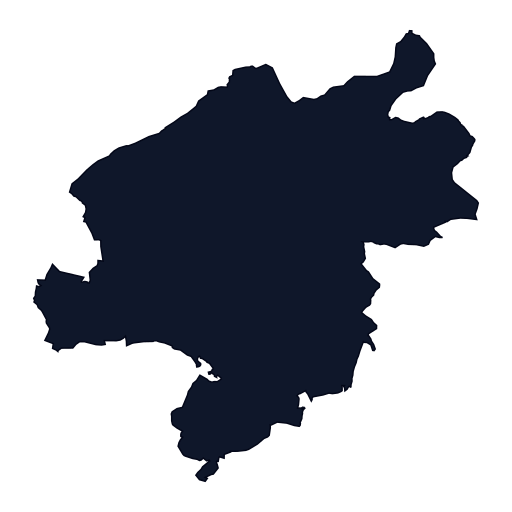 Teaca, Bistrita-Nasaud, Romania
{"feature_id": "2599482B42785641357283", "entity_name": "Teaca", "entity_type": "district", "adm_level": 2, "iso_a3": "ROU", "parent_name": "Romania", "parent_adm1": "Bistrita-Nasaud", "projection": "robinson", "projection_center": [24.501, 46.902], "detail": "fine", "context": "isolated", "style": "filled", "palette": "ink", "viewbox_px": 512, "rotation_deg": 0, "n_neighbors": 0, "source": "geoboundaries", "source_scale": "gbopen_adm2", "svg_char_len": 5992}
<svg xmlns="http://www.w3.org/2000/svg" viewBox="0 0 512 512"><path d="M199.5,479.7L205.2,481.3L207.3,478.4L205.2,477.4L211.2,474.5L213.3,474.1L218.1,468.0L217.1,464.2L216.7,464.2L216.5,461.4L218.2,461.4L218.8,457.8L219.4,456.8L224.1,458.2L224.2,454.4L230.6,452.0L230.3,451.3L237.6,451.2L245.8,450.3L248.7,449.3L257.3,444.1L264.0,438.4L267.6,436.9L269.2,435.3L270.3,427.8L270.2,424.8L271.2,425.0L277.2,422.1L286.8,423.1L294.3,425.5L299.3,426.3L300.1,425.3L300.4,423.5L300.1,423.2L300.2,422.4L301.8,418.7L302.0,415.7L302.5,413.7L302.4,412.0L303.2,409.9L304.8,408.2L303.9,407.3L302.5,409.0L302.0,408.9L302.1,407.6L301.3,408.1L297.6,408.1L298.5,404.4L299.0,398.9L298.6,397.5L297.0,395.8L298.5,394.0L299.9,393.7L305.7,390.6L306.0,391.8L307.8,394.0L311.3,401.1L312.1,399.6L311.9,398.5L313.0,396.8L323.1,394.9L328.9,393.1L332.4,393.6L337.8,392.9L340.8,391.6L342.1,390.7L342.1,387.5L341.8,385.5L344.2,385.6L343.5,386.2L344.5,387.7L344.9,390.9L347.1,389.2L348.6,386.5L349.7,386.4L350.3,387.1L350.9,386.9L351.0,384.6L352.0,381.2L351.9,378.4L352.8,375.2L353.1,371.4L354.4,366.8L356.1,362.7L356.9,359.1L358.3,356.1L359.9,350.8L363.3,341.8L363.8,342.3L367.0,342.5L370.9,344.9L372.7,350.4L374.1,350.6L375.2,349.0L373.6,344.5L371.4,341.1L370.8,339.0L368.7,335.8L368.1,335.7L368.4,333.8L376.5,328.6L376.6,325.5L373.4,322.6L371.4,319.6L365.5,315.9L361.6,312.6L362.3,311.2L365.1,308.0L366.3,306.9L369.5,305.1L370.5,303.7L370.7,300.1L370.4,299.0L371.6,297.0L373.6,295.1L373.9,293.3L376.1,290.0L379.3,287.3L379.6,285.0L379.5,284.0L372.8,278.7L368.4,271.9L366.4,270.6L361.0,263.8L363.2,261.9L365.3,258.4L364.3,253.7L364.6,251.6L363.6,246.8L363.9,244.6L363.2,242.4L362.4,241.8L368.5,241.8L371.0,241.3L373.7,242.1L374.1,242.7L376.7,243.8L378.3,243.8L380.1,244.6L384.0,243.9L386.6,244.3L395.1,247.6L400.5,244.0L403.3,243.4L408.3,244.3L416.3,244.6L423.8,246.2L428.4,244.2L430.1,240.4L435.3,236.5L439.4,237.5L442.5,237.5L440.4,236.4L436.6,232.2L434.4,230.5L433.7,228.7L433.7,227.2L445.3,222.2L445.1,221.3L447.0,221.7L450.6,219.3L460.4,218.0L467.3,218.3L476.7,219.5L475.0,214.2L477.0,208.7L478.3,203.0L476.7,200.6L454.4,182.8L452.2,179.6L451.5,172.7L453.0,167.0L457.4,163.6L460.1,160.7L461.8,160.2L463.8,158.3L466.5,157.4L467.2,156.3L466.9,155.7L467.8,155.7L467.4,155.2L469.8,152.5L471.4,147.0L472.5,145.4L472.9,143.9L474.7,140.9L474.8,139.5L474.2,138.7L472.2,136.6L470.0,135.9L468.9,133.5L463.4,126.3L462.4,126.2L461.8,124.9L460.8,124.8L460.0,122.6L458.5,121.1L457.9,119.9L454.7,117.4L449.1,114.1L444.7,112.4L442.2,111.9L437.0,112.1L430.9,116.4L429.2,116.7L428.5,117.5L425.4,118.7L424.4,118.3L423.7,118.6L423.8,117.4L423.4,117.2L419.5,119.0L419.1,119.7L415.4,121.8L414.6,122.8L412.4,123.3L404.0,121.4L400.7,120.1L398.2,118.1L395.6,117.5L391.7,119.7L389.6,119.8L389.4,118.4L389.9,117.9L389.6,117.5L388.3,117.2L387.6,114.6L388.2,111.7L389.6,110.2L391.0,105.6L395.8,98.8L402.9,92.2L407.5,90.9L411.0,90.7L416.4,87.8L423.4,85.6L427.5,75.5L435.4,63.9L434.2,61.0L433.7,57.4L433.7,53.8L426.6,43.7L420.1,37.3L419.4,35.8L415.6,35.2L411.9,33.3L411.8,30.8L409.5,30.7L408.5,33.6L406.3,33.9L404.5,37.0L400.8,41.6L396.7,43.9L395.9,47.6L395.3,56.9L393.8,63.6L389.7,72.0L377.0,76.5L354.4,76.4L347.6,81.8L343.9,85.8L333.4,87.2L330.1,88.8L324.7,95.1L321.0,96.1L317.1,98.8L313.9,99.5L303.3,97.6L299.4,100.6L294.5,103.3L291.1,102.0L286.7,96.6L279.5,83.6L272.3,67.9L265.8,64.5L256.7,68.4L255.3,68.3L252.5,66.2L251.0,66.3L250.1,67.0L245.7,67.2L235.1,69.5L233.1,70.6L232.7,75.4L229.7,76.8L229.0,78.2L229.5,78.9L229.4,82.0L227.2,84.7L227.6,86.1L227.0,87.2L221.0,86.9L218.3,87.4L213.9,90.0L208.2,91.0L207.5,94.7L198.7,101.0L196.3,106.3L187.6,113.4L181.0,117.1L174.1,122.2L165.3,127.7L165.6,128.4L161.5,131.1L159.4,133.4L149.0,136.6L135.3,143.3L128.6,145.8L126.3,145.8L119.0,148.0L114.4,150.7L110.7,154.1L109.4,156.0L98.1,161.0L93.1,164.7L86.9,170.0L78.2,179.0L72.1,183.8L69.6,192.1L71.8,193.6L73.9,196.1L76.1,196.7L79.9,200.4L81.3,200.9L82.3,202.0L82.4,202.9L85.4,205.2L86.2,208.9L85.6,212.5L83.2,216.7L85.0,217.6L83.8,221.5L86.0,222.0L92.0,233.2L94.5,239.8L99.2,239.7L100.8,240.6L100.9,246.6L103.1,261.1L98.0,260.5L98.0,263.4L97.2,265.7L93.2,268.3L89.4,272.4L90.3,280.3L89.1,283.2L87.6,282.8L87.7,282.2L85.6,281.6L84.3,281.5L82.0,282.4L81.4,282.1L81.4,281.2L83.8,277.3L59.5,271.6L52.5,264.3L51.0,267.8L47.0,274.5L45.2,280.2L37.6,279.9L38.2,282.8L39.3,284.4L41.0,285.6L39.1,286.7L36.6,286.0L36.3,288.6L35.5,292.1L35.3,296.1L33.7,298.3L34.6,300.5L34.0,302.0L37.2,304.6L38.3,307.6L41.3,310.2L42.2,311.5L46.6,319.7L46.2,321.1L46.4,323.0L49.6,328.0L49.7,329.4L48.5,333.0L44.9,340.4L53.3,343.6L52.6,348.4L56.1,350.0L57.9,351.5L58.1,350.5L61.4,348.1L72.8,348.0L75.9,344.3L79.6,341.7L84.5,341.7L95.9,344.6L101.6,345.0L105.2,344.4L104.3,340.6L116.4,340.7L120.2,340.0L123.3,338.2L125.5,336.2L126.4,341.1L126.6,345.7L132.2,343.2L134.1,342.8L143.7,341.6L153.1,341.4L153.8,340.9L156.4,340.7L159.3,341.8L164.6,342.9L171.7,345.7L172.3,346.4L172.4,347.5L174.4,348.9L180.5,350.0L187.3,355.0L191.2,356.4L195.2,362.0L196.7,364.7L196.5,365.5L196.8,367.0L198.8,366.6L200.0,365.9L200.7,364.8L200.6,363.4L198.0,361.3L197.5,360.3L197.4,358.8L198.0,357.3L199.0,356.2L199.6,356.1L200.5,358.2L202.3,358.5L207.3,361.9L207.1,362.3L209.5,363.3L213.1,368.1L213.3,368.9L212.3,369.4L211.8,370.8L210.7,371.6L208.4,372.2L208.9,374.2L209.8,374.2L209.6,373.7L211.7,372.8L212.3,373.7L212.9,373.6L214.3,374.8L214.5,376.3L216.5,377.3L216.3,376.7L217.8,375.2L221.0,377.9L221.3,379.1L217.3,381.7L214.2,381.6L211.9,382.2L208.6,381.0L207.2,379.4L199.9,375.2L196.6,380.5L193.0,383.5L191.6,387.1L188.4,391.5L187.5,395.1L182.4,407.4L177.1,408.6L172.2,411.8L171.3,414.0L171.7,416.3L171.7,420.8L172.4,424.0L173.0,425.0L177.3,428.2L182.6,431.2L181.1,433.1L180.8,434.9L180.9,436.5L182.6,437.2L180.4,439.9L179.0,442.6L178.1,446.2L182.8,454.1L184.1,455.5L185.7,456.2L192.7,458.5L197.2,459.3L199.6,460.5L201.0,460.1L203.3,458.1L206.6,460.8L209.8,460.0L209.1,460.5L209.7,461.0L202.6,466.8L201.1,469.4L197.9,472.4L195.9,475.2L199.5,479.7Z" fill="#0f172a" stroke="#020617" stroke-width="1.5"/></svg>